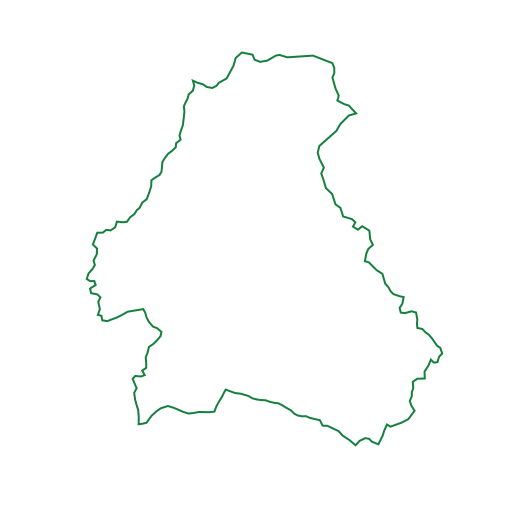 Vila Nova do Sul, Rio Grande do Sul, Brazil (Albers equal-area conic projection), rotated 172°
{"feature_id": "56859067B59738073303850", "entity_name": "Vila Nova do Sul", "entity_type": "district", "adm_level": 2, "iso_a3": "BRA", "parent_name": "Brazil", "parent_adm1": "Rio Grande do Sul", "projection": "albers", "projection_center": [-53.869, -30.353], "detail": "fine", "context": "isolated", "style": "outline", "palette": "green", "viewbox_px": 512, "rotation_deg": 172, "n_neighbors": 0, "source": "geoboundaries", "source_scale": "gbopen_adm2", "svg_char_len": 3113}
<svg xmlns="http://www.w3.org/2000/svg" viewBox="0 0 512 512"><g transform="rotate(172 256 256)"><path d="M294.1,438.4L293.4,433.5L295.5,428.5L300.2,425.4L301.6,421.8L304.1,418.2L306.6,414.3L306.8,409.0L308.3,402.9L310.3,395.5L313.0,390.4L315.0,385.8L314.5,381.7L319.4,378.8L320.3,374.9L324.1,372.1L329.0,369.3L332.6,365.7L335.6,362.2L336.8,356.8L337.9,352.6L340.3,349.6L344.0,348.1L349.0,345.6L350.1,339.6L352.8,333.9L356.3,327.5L361.2,324.7L364.6,319.9L367.7,317.9L370.7,314.4L375.1,312.0L379.0,307.9L383.1,307.9L388.9,309.4L391.6,303.9L396.4,301.6L400.7,302.7L404.3,300.5L410.0,301.1L413.1,295.2L416.0,290.0L412.4,285.6L413.4,279.9L417.5,274.1L416.8,269.5L420.0,265.6L424.3,262.0L426.8,256.8L423.8,254.2L419.6,253.7L418.8,249.6L424.9,246.9L424.4,242.1L418.5,240.1L415.8,236.7L418.6,232.7L418.0,225.1L420.8,219.7L417.4,218.3L417.2,213.7L412.3,212.2L407.3,213.4L402.5,214.4L397.4,216.1L390.9,218.7L375.1,219.1L373.6,215.4L372.9,210.3L371.0,205.3L367.8,200.4L364.0,198.3L360.2,194.0L361.7,189.9L365.7,186.3L369.7,183.3L374.6,180.9L376.9,175.2L379.3,171.0L379.7,164.5L380.3,160.5L384.6,158.4L382.8,153.6L386.7,152.7L392.2,154.0L395.2,151.6L393.9,146.4L392.6,141.7L395.7,137.4L395.7,131.1L395.2,126.5L394.1,119.6L394.5,113.1L395.6,105.7L391.8,105.7L387.7,106.1L381.8,112.2L376.3,116.0L371.4,118.5L364.1,119.7L358.7,117.2L353.7,114.2L349.9,111.8L344.8,109.4L340.1,109.2L334.2,109.5L328.4,108.5L323.8,107.8L318.8,107.7L316.3,112.4L312.9,117.0L309.4,121.1L306.9,124.9L304.6,127.9L299.7,125.3L295.7,123.2L290.4,121.8L286.4,120.0L283.0,118.5L279.3,115.5L274.8,113.7L271.3,112.7L266.8,111.9L262.4,109.6L258.5,108.1L254.3,107.0L251.1,104.8L247.4,101.7L243.0,98.4L240.0,94.5L236.8,92.2L232.6,90.8L228.7,90.4L225.4,88.3L220.6,86.4L215.6,84.5L213.6,78.7L208.9,77.9L205.0,75.3L198.6,71.1L195.0,65.9L189.2,60.8L183.7,54.7L179.2,58.5L173.1,60.4L169.6,59.3L166.8,55.8L161.0,52.5L155.3,60.9L153.5,64.9L149.8,70.9L146.5,68.3L135.0,70.7L127.8,73.3L120.5,80.7L122.9,86.0L123.9,90.9L121.2,95.6L120.6,99.6L118.7,103.1L118.2,109.6L113.3,112.0L105.9,111.2L105.2,118.1L100.4,123.6L97.3,129.0L94.6,125.6L91.0,125.7L88.8,130.7L85.2,133.5L86.3,139.4L89.2,142.0L92.8,149.2L95.8,154.0L98.6,156.6L101.5,160.6L106.2,162.3L106.0,166.7L105.1,170.7L105.4,177.8L109.6,179.6L116.4,178.7L120.5,179.8L121.0,184.6L117.7,188.4L115.5,194.7L119.9,196.4L125.3,199.2L127.6,202.3L129.4,207.1L131.9,210.6L133.3,220.7L138.7,225.4L145.1,234.0L148.9,235.7L146.5,242.8L143.8,247.4L138.7,250.8L140.6,256.7L140.2,265.3L146.7,270.7L151.4,267.9L155.9,271.6L152.9,275.6L155.9,279.2L164.2,283.0L165.7,291.9L170.1,296.1L172.0,306.8L177.3,313.5L178.6,322.1L179.9,328.6L176.5,334.1L179.7,343.5L180.5,349.8L177.9,356.2L159.0,368.7L154.1,375.0L144.5,382.2L137.0,383.3L140.0,387.5L143.0,392.0L147.3,394.0L153.8,398.6L151.7,403.3L153.9,410.6L155.5,422.0L153.0,426.3L152.3,431.6L153.6,436.4L171.7,446.5L197.3,448.4L204.7,451.8L208.4,451.7L217.7,447.9L225.0,447.7L230.1,450.6L231.4,455.8L241.6,459.5L248.6,454.9L251.7,447.7L260.4,435.9L268.7,432.7L271.5,430.0L276.0,428.5L281.3,430.3L284.8,433.5L289.8,435.7L294.1,438.4Z" fill="none" stroke="#15803d" stroke-width="2"/></g></svg>